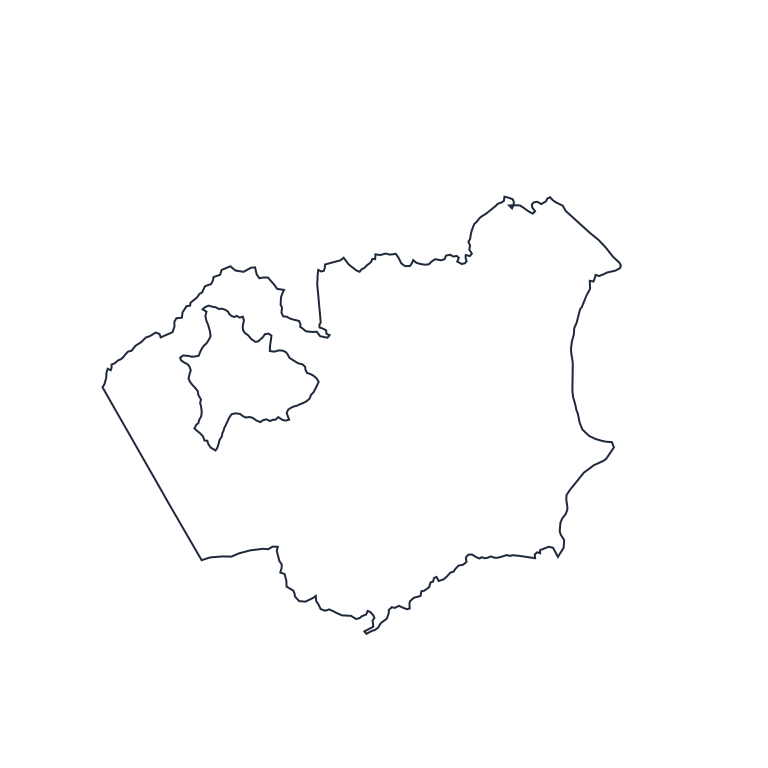 the district of Pelotas, Rio Grande do Sul, Brazil, rotated 303°
{"feature_id": "56859067B94583558960101", "entity_name": "Pelotas", "entity_type": "district", "adm_level": 2, "iso_a3": "BRA", "parent_name": "Brazil", "parent_adm1": "Rio Grande do Sul", "projection": "natural_earth1", "projection_center": [-52.336, -31.561], "detail": "fine", "context": "isolated", "style": "outline", "palette": "slate", "viewbox_px": 768, "rotation_deg": 303, "n_neighbors": 0, "source": "geoboundaries", "source_scale": "gbopen_adm2", "svg_char_len": 6108}
<svg xmlns="http://www.w3.org/2000/svg" viewBox="0 0 768 768"><g transform="rotate(303 384 384)"><path d="M136.9,327.0L143.0,331.9L145.1,334.2L149.7,340.2L151.5,342.6L156.1,350.0L163.1,354.7L171.9,362.7L179.9,372.3L182.4,376.9L186.9,379.1L189.6,383.6L185.7,384.9L178.5,392.7L177.0,396.5L174.1,398.3L169.4,399.7L170.5,404.1L165.9,409.2L161.0,412.6L161.3,420.6L159.7,422.9L157.3,425.1L155.7,431.1L158.7,436.7L166.1,441.1L169.1,442.2L164.9,445.4L163.9,448.2L160.8,453.4L161.7,458.0L165.1,460.8L165.8,465.0L166.1,468.6L167.0,474.6L171.6,482.6L171.7,488.6L174.5,491.1L177.2,491.9L181.0,494.6L184.8,493.9L185.3,496.9L184.2,500.9L182.7,503.3L179.3,503.3L174.7,507.2L165.8,502.3L164.9,505.3L170.7,508.5L172.7,510.4L176.8,511.8L181.6,511.5L188.6,514.1L194.0,513.0L197.0,511.1L201.1,512.1L202.0,514.9L206.1,517.4L206.7,521.6L207.6,525.9L209.7,527.8L213.4,525.1L215.9,524.1L220.9,525.4L226.2,530.1L230.5,528.2L232.5,530.3L238.2,532.5L243.0,531.1L244.9,532.8L248.5,531.6L250.8,533.1L248.6,537.2L252.7,540.4L256.5,541.5L261.9,542.4L264.7,544.6L267.2,544.5L272.3,545.4L275.4,548.7L279.6,550.1L283.2,547.1L286.8,547.7L288.9,550.6L289.1,556.4L289.7,559.2L292.0,560.3L292.6,563.2L294.6,565.4L297.5,567.4L298.7,571.8L300.2,574.0L303.9,577.3L307.4,580.1L308.4,583.3L310.3,584.9L313.1,590.1L320.2,605.6L323.3,603.2L326.4,604.2L327.1,607.1L329.7,605.4L337.3,610.9L338.7,615.1L333.7,624.0L344.4,623.9L351.2,620.1L354.0,614.1L356.2,611.6L359.6,609.7L363.8,607.5L368.3,606.7L373.6,607.2L377.8,606.4L380.2,605.2L386.5,599.7L390.2,597.6L392.9,597.6L396.4,597.6L409.4,599.0L412.9,599.3L418.5,599.9L430.3,604.3L439.3,610.0L442.4,611.1L456.0,611.4L459.4,606.8L456.4,601.4L454.9,597.4L453.1,591.3L452.7,588.5L452.2,584.2L453.1,579.2L453.9,575.1L458.2,569.1L462.8,564.6L464.6,562.8L467.2,559.2L469.6,557.0L474.3,551.8L476.2,549.5L480.9,545.7L504.1,531.1L507.3,528.4L511.2,524.8L515.1,521.8L521.6,518.6L529.0,516.2L534.5,513.1L540.2,512.2L553.6,507.7L556.3,508.0L568.6,505.6L576.0,505.0L582.6,500.4L584.1,503.9L587.5,503.1L590.7,502.0L591.7,505.6L596.1,508.7L598.8,510.2L605.1,516.3L609.5,518.8L612.3,518.2L614.0,515.3L615.3,507.2L619.3,495.4L621.7,485.3L622.8,474.8L628.1,442.1L630.9,436.8L630.0,429.5L630.1,425.5L631.1,421.5L628.1,419.9L625.6,420.4L620.6,418.0L620.3,413.3L617.8,410.6L615.2,410.2L612.8,412.1L611.2,416.6L607.9,416.0L607.5,411.0L607.8,405.2L607.8,400.7L604.4,395.2L607.0,394.1L609.1,391.3L607.9,386.4L606.7,383.0L602.9,384.8L600.6,383.9L597.1,381.3L594.3,380.7L584.9,377.7L581.6,376.5L577.5,374.5L574.7,373.7L571.2,373.5L567.3,372.6L563.5,373.3L559.2,374.4L555.4,375.9L552.4,377.3L549.3,377.3L546.9,380.9L543.1,382.4L541.2,386.7L538.0,386.3L536.7,382.3L534.0,383.9L532.0,386.4L529.3,386.1L527.0,383.8L526.6,378.7L530.5,378.1L531.0,375.3L528.6,372.6L528.5,369.2L525.5,366.1L521.6,366.8L518.8,364.4L516.5,358.9L512.8,357.3L508.8,356.4L506.3,353.3L504.3,348.7L503.3,344.9L503.8,341.0L500.6,341.6L497.1,341.5L494.3,337.4L494.6,332.8L497.9,327.2L499.6,322.9L497.5,320.7L495.7,318.4L494.3,314.4L490.0,310.5L488.1,306.2L483.9,308.6L482.5,306.1L479.7,306.7L477.2,306.1L474.5,305.1L470.5,304.2L467.7,302.7L464.8,302.4L464.2,299.3L465.0,289.4L467.9,281.4L464.0,280.1L452.2,269.5L448.7,271.3L446.2,271.9L444.2,270.1L443.9,266.7L438.5,269.4L435.7,271.2L431.9,273.2L401.3,297.3L398.5,297.6L396.3,299.1L397.1,302.3L397.5,306.2L394.8,308.4L395.3,311.7L392.0,311.4L389.3,304.4L391.2,299.2L388.7,295.7L385.7,289.9L386.2,285.5L386.3,282.6L388.6,281.4L390.6,278.5L388.8,273.2L387.6,269.3L387.5,266.0L385.8,262.5L388.1,259.1L392.5,256.9L394.1,254.2L400.6,250.4L404.1,249.5L408.5,248.9L405.6,242.6L407.6,237.6L408.7,233.3L410.1,228.7L407.4,224.5L404.8,221.9L406.5,217.6L409.1,214.9L411.6,212.4L409.2,209.2L401.6,205.1L398.3,197.7L399.0,191.0L391.2,185.7L386.3,187.1L380.9,182.8L377.9,184.1L373.7,184.6L371.3,182.7L368.4,180.6L361.7,181.6L359.2,180.2L354.4,180.0L350.2,178.6L346.7,177.5L344.1,178.7L341.7,176.0L334.4,176.0L329.6,178.4L326.1,174.1L321.9,174.3L318.1,177.0L312.2,178.4L301.5,171.3L303.7,168.5L302.7,164.4L298.5,162.5L296.1,161.2L293.4,159.0L286.7,157.5L280.6,154.7L274.5,154.2L271.8,151.7L267.5,150.9L264.3,150.7L261.6,149.9L258.9,148.1L254.6,146.8L251.9,144.9L249.4,146.6L246.7,147.3L246.3,144.0L242.1,145.2L238.0,147.6L231.8,149.6L227.9,149.8L217.7,169.5L208.0,188.4L194.5,214.5L182.6,237.6L176.0,250.4L167.4,266.9L136.9,327.0ZM302.5,323.9L300.0,321.8L298.6,318.7L298.6,313.3L295.0,312.5L293.5,310.2L290.9,308.7L290.2,304.4L287.6,302.2L284.6,301.0L283.9,296.8L284.1,292.0L283.0,289.1L280.6,286.3L280.2,283.3L280.5,279.6L278.4,275.2L275.5,272.6L271.4,272.5L267.4,273.1L263.1,273.7L260.1,274.0L257.3,274.9L254.9,275.2L251.5,276.6L248.0,276.5L244.4,277.6L241.7,278.5L238.9,279.0L236.5,278.9L236.3,273.2L237.9,269.4L240.2,266.7L238.8,264.3L241.6,260.5L242.6,255.9L242.9,252.5L243.5,249.2L247.5,248.8L250.2,249.6L253.3,248.5L257.0,248.4L260.6,246.8L263.1,244.9L265.6,242.7L268.1,240.0L271.3,239.0L273.6,234.4L276.6,231.6L278.0,227.5L278.9,223.7L280.2,220.1L282.1,217.1L286.2,215.6L290.2,214.5L292.5,211.6L293.6,208.8L293.2,205.0L293.3,201.0L295.0,198.7L298.4,199.9L301.1,204.7L302.2,208.0L304.4,210.8L306.8,213.2L311.2,212.3L314.9,211.9L318.1,212.1L321.7,213.0L325.2,213.0L329.2,212.7L332.7,210.0L335.1,207.4L337.4,204.8L340.1,200.9L343.5,197.3L348.0,195.7L347.8,191.2L350.9,192.0L354.2,194.2L355.4,198.2L356.7,201.0L357.0,204.7L358.8,206.9L359.7,210.0L359.8,213.5L358.4,216.2L358.0,219.2L358.7,222.0L360.9,223.4L361.1,226.8L363.6,228.9L361.3,231.7L358.8,232.8L355.4,234.1L352.4,236.4L351.1,239.4L350.8,243.8L349.4,248.2L349.3,253.2L351.2,255.3L353.7,255.9L357.2,256.9L360.9,257.0L363.3,259.6L363.3,263.2L360.3,264.7L357.5,266.0L353.6,267.8L349.5,270.3L351.3,274.3L354.9,277.5L356.8,280.8L357.3,284.5L356.1,287.5L354.4,290.7L354.5,295.5L354.6,300.7L356.1,305.1L355.5,308.4L353.1,310.5L351.4,313.3L352.1,316.3L352.6,319.6L352.0,324.3L350.3,328.0L346.3,328.6L342.2,329.1L338.7,329.4L335.1,328.7L331.5,329.6L327.5,328.5L323.9,326.5L321.2,324.5L318.2,322.7L315.9,320.5L313.4,318.9L310.1,317.6L306.7,318.2L304.2,321.4L302.5,323.9ZM604.4,395.2L601.0,395.7L601.9,391.8L604.4,395.2Z" fill="none" stroke="#1e293b" stroke-width="2"/></g></svg>